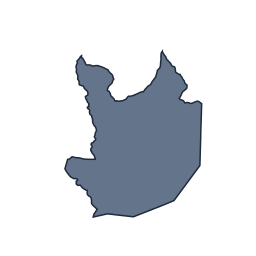 Chokhorling, Pemagatsel, Bhutan, rotated 329°
{"feature_id": "84629894B57619855084660", "entity_name": "Chokhorling", "entity_type": "district", "adm_level": 2, "iso_a3": "BTN", "parent_name": "Bhutan", "parent_adm1": "Pemagatsel", "projection": "orthographic", "projection_center": [91.337, 26.854], "detail": "fine", "context": "isolated", "style": "filled", "palette": "slate", "viewbox_px": 256, "rotation_deg": 329, "n_neighbors": 0, "source": "geoboundaries", "source_scale": "gbopen_adm2", "svg_char_len": 5257}
<svg xmlns="http://www.w3.org/2000/svg" viewBox="0 0 256 256"><g transform="rotate(329 128 128)"><path d="M197.0,79.9L195.4,80.6L195.0,81.0L194.4,81.7L193.9,82.4L193.4,83.2L192.7,84.2L192.3,84.9L191.9,85.9L191.2,86.7L190.0,88.2L189.1,89.5L187.6,91.7L185.9,93.0L182.9,93.7L181.4,95.4L179.3,97.3L178.0,98.5L175.6,99.5L174.6,99.9L172.4,100.8L169.7,102.4L166.3,102.5L165.2,102.9L162.4,103.7L160.0,104.8L158.0,104.0L156.2,103.6L155.7,103.6L154.6,103.6L153.9,103.5L152.5,103.3L149.1,102.8L146.9,102.2L144.7,101.0L143.7,101.2L141.4,102.2L138.9,102.0L137.1,101.8L135.3,100.8L133.6,100.2L132.4,98.8L131.7,98.8L130.8,98.5L130.8,97.3L130.9,96.8L131.0,96.1L130.8,95.3L130.6,93.6L130.0,92.6L130.0,92.2L130.0,91.1L130.0,90.7L130.3,90.2L130.6,89.1L130.6,87.7L130.6,86.9L130.6,86.6L130.3,86.2L129.8,85.6L129.7,85.3L129.8,84.8L130.0,84.5L130.3,84.1L131.1,83.7L132.2,82.7L133.6,82.1L135.1,81.8L137.3,81.3L137.9,80.9L138.5,80.3L139.3,79.7L140.0,79.2L140.9,78.9L141.1,78.4L141.1,77.9L141.2,77.3L141.1,76.6L141.8,75.7L141.8,74.2L141.6,73.1L141.2,72.0L140.8,70.1L140.7,69.7L140.6,69.1L140.8,68.6L140.8,67.7L139.9,66.5L139.5,65.9L139.0,65.0L138.8,64.6L137.9,63.4L136.9,62.0L136.6,61.7L135.7,60.7L135.1,59.9L134.3,59.0L133.2,58.3L132.6,58.0L131.1,57.3L130.3,57.0L129.8,57.0L129.2,56.2L128.5,55.0L127.3,54.0L126.5,53.5L126.1,53.3L125.4,52.9L124.8,52.5L124.7,51.6L125.0,49.3L125.0,48.7L125.0,48.2L125.0,47.6L125.1,46.4L125.1,44.9L124.5,43.8L124.7,43.2L125.4,42.1L124.3,42.2L123.9,42.4L123.4,42.7L122.6,43.2L122.2,43.2L121.8,43.4L120.8,43.8L120.0,44.1L119.2,44.1L118.8,44.4L118.5,44.9L118.3,45.3L118.2,45.8L118.2,46.2L117.9,46.4L116.8,47.0L116.2,47.5L115.4,48.2L115.0,48.8L114.3,50.5L114.0,51.2L113.8,51.9L113.6,52.2L113.0,52.6L112.7,52.9L112.4,53.5L112.3,53.9L112.3,54.5L112.4,55.2L112.2,55.8L112.1,56.8L111.9,57.2L111.7,57.7L111.0,58.8L110.2,60.0L109.9,60.4L110.1,61.4L110.1,62.0L110.1,62.5L109.9,63.0L109.7,63.5L109.5,63.8L109.2,64.4L108.7,65.4L108.6,66.0L109.0,66.6L109.9,67.4L110.5,68.3L110.8,68.5L111.1,68.9L111.2,69.4L111.2,70.3L111.1,70.8L111.0,71.3L111.1,71.9L111.2,72.4L111.4,72.9L111.6,74.1L111.7,74.5L112.0,75.2L112.0,75.8L112.1,76.2L111.9,76.6L111.5,77.4L111.4,77.9L111.3,78.2L111.0,78.5L110.7,78.8L110.3,79.0L109.9,79.0L108.6,79.0L108.2,79.0L107.7,79.1L107.4,79.6L107.3,80.0L107.0,81.2L106.8,81.9L107.1,82.8L107.0,83.4L106.7,83.9L106.7,84.3L106.6,85.3L106.7,85.7L106.9,86.1L107.0,86.5L106.9,86.9L106.7,87.4L106.3,87.7L106.0,88.1L105.9,88.6L105.9,89.1L105.4,89.5L104.7,89.3L104.3,89.2L103.8,89.3L103.6,89.7L103.6,90.6L103.8,91.2L104.2,91.9L104.4,92.6L104.3,93.0L104.1,93.5L103.1,94.4L102.9,95.3L102.6,95.9L102.5,96.4L102.5,97.1L103.1,98.3L103.1,98.8L102.9,99.2L102.6,100.1L102.4,101.4L102.0,102.4L101.8,102.8L101.3,103.7L101.1,104.1L100.8,104.9L100.5,105.6L100.3,107.5L100.3,108.9L100.6,109.5L100.5,111.3L100.2,112.7L99.6,113.9L99.1,114.4L98.8,114.6L98.4,114.8L97.9,115.0L97.1,115.8L96.5,116.6L95.9,117.2L94.7,118.1L94.5,118.5L94.5,119.0L94.6,119.5L94.7,119.9L94.7,120.5L94.6,121.0L93.9,121.5L92.3,121.8L91.9,121.9L91.3,122.1L90.7,122.5L90.0,122.4L89.0,122.2L88.4,122.5L87.9,123.0L87.7,123.4L87.9,124.2L87.9,124.9L87.6,125.5L87.0,126.1L86.7,126.3L86.3,126.3L85.6,126.6L84.9,127.4L84.6,127.9L84.4,128.2L84.7,129.3L84.7,129.7L84.4,130.4L84.4,131.2L84.8,134.3L84.6,135.4L84.4,136.2L84.2,137.0L84.0,137.3L83.8,137.9L83.1,137.4L82.6,137.2L81.5,136.6L80.2,135.9L79.7,135.5L78.3,134.7L77.4,134.0L76.9,133.7L76.5,133.5L75.0,132.4L74.0,131.7L71.9,129.6L71.3,128.9L69.8,127.8L67.3,126.0L66.3,124.8L65.7,124.2L65.2,123.8L64.4,124.0L63.2,124.3L62.3,124.3L61.4,124.3L60.7,124.2L60.1,123.8L52.9,130.5L52.8,133.6L53.2,138.1L53.5,139.7L53.9,140.8L55.5,143.6L56.7,144.1L58.3,145.6L57.9,146.9L57.2,146.9L56.7,146.8L55.8,147.3L55.6,148.2L55.5,148.7L54.9,149.0L54.8,149.8L55.6,151.4L57.7,152.5L57.9,154.4L58.2,156.2L59.9,159.5L60.9,160.6L60.3,161.6L59.7,162.4L59.0,163.7L59.1,165.2L59.5,166.3L60.0,167.3L60.4,167.9L60.1,169.6L59.6,171.0L57.8,174.1L58.2,176.6L59.7,181.8L54.4,184.3L52.3,186.4L66.2,191.0L71.5,195.1L86.9,206.9L119.1,212.3L130.0,213.9L170.3,197.2L185.8,173.0L187.7,169.9L202.4,147.1L203.7,145.0L203.2,143.9L202.7,142.7L202.5,142.1L202.1,141.5L201.5,140.8L200.3,140.4L199.3,140.3L198.1,140.1L197.1,140.0L196.0,139.9L194.0,139.0L193.7,138.7L193.3,137.8L192.9,137.4L192.2,136.9L191.0,136.2L190.2,136.1L189.6,135.7L189.6,134.6L189.6,133.6L189.3,132.8L188.5,131.7L187.7,130.7L187.4,130.1L187.2,129.6L187.1,128.9L187.4,128.7L188.1,128.5L188.8,128.2L189.6,127.7L190.7,127.0L191.4,126.4L192.2,125.9L193.0,125.3L194.2,125.0L195.4,124.9L196.1,124.8L197.9,124.5L198.7,124.2L199.4,123.6L200.1,122.5L200.4,122.0L200.7,121.7L200.4,120.8L200.1,119.9L199.9,118.9L200.1,117.8L200.4,116.6L200.2,114.2L200.2,113.6L200.2,113.0L200.4,112.2L200.4,111.6L200.2,111.0L200.0,110.5L200.0,110.0L200.2,109.5L200.3,109.0L199.8,108.5L199.4,108.3L199.2,107.8L198.8,107.3L198.3,106.1L197.8,105.2L197.7,104.8L197.7,104.4L197.9,103.9L198.3,103.2L198.5,102.6L198.8,101.9L199.2,100.9L199.3,100.6L199.4,100.0L199.3,99.5L198.9,98.9L198.0,98.0L197.7,97.3L197.7,96.0L197.8,95.2L197.8,94.5L197.7,94.1L197.5,93.2L197.3,92.5L196.9,90.2L196.6,89.7L196.6,88.9L196.7,88.0L197.0,86.9L197.0,85.9L196.7,84.5L196.7,82.5L196.7,81.9L196.6,81.0L196.6,80.6L197.0,79.9Z" fill="#64748b" stroke="#1e293b" stroke-width="1.5"/></g></svg>